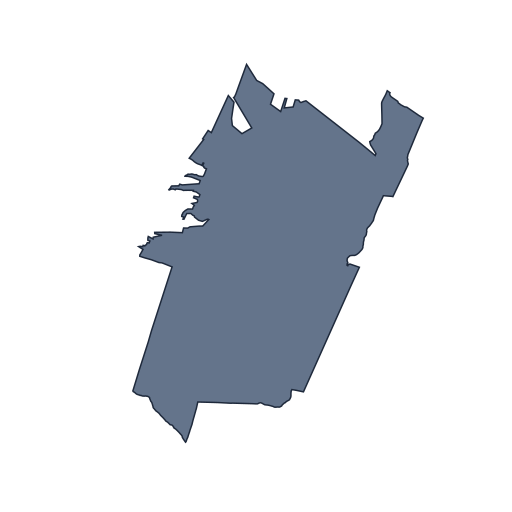 outline of Negrilesti, Galati, Romania, rotated 109°
{"feature_id": "2599482B95642529629625", "entity_name": "Negrilesti", "entity_type": "district", "adm_level": 2, "iso_a3": "ROU", "parent_name": "Romania", "parent_adm1": "Galati", "projection": "mercator", "projection_center": [27.515, 45.952], "detail": "fine", "context": "isolated", "style": "filled", "palette": "slate", "viewbox_px": 512, "rotation_deg": 109, "n_neighbors": 0, "source": "geoboundaries", "source_scale": "gbopen_adm2", "svg_char_len": 6111}
<svg xmlns="http://www.w3.org/2000/svg" viewBox="0 0 512 512"><g transform="rotate(109 256 256)"><path d="M423.7,328.5L424.0,328.1L424.3,327.7L424.3,327.0L424.5,326.4L424.7,325.8L424.9,325.4L425.1,325.0L425.2,324.7L425.5,323.6L425.5,322.7L425.5,322.1L425.5,321.6L425.4,320.8L425.6,320.1L425.3,319.7L425.2,319.2L425.3,318.7L425.4,318.0L425.1,317.0L424.9,316.1L424.7,315.7L424.4,315.2L424.2,314.1L424.0,313.2L424.0,312.1L424.2,311.6L424.3,311.0L424.6,310.5L425.6,310.0L426.0,309.5L426.6,309.0L427.1,308.6L427.8,307.9L427.9,307.6L428.1,307.3L428.4,306.9L430.5,305.3L431.1,305.0L431.6,304.5L431.9,304.3L432.3,304.2L433.1,303.5L433.3,303.1L433.5,302.6L434.2,301.7L434.5,300.9L434.9,300.4L435.0,300.1L435.2,299.8L435.4,298.8L436.0,297.2L436.2,296.7L436.4,296.3L437.1,295.2L437.8,294.2L437.9,293.9L438.5,292.7L438.8,292.0L439.0,291.6L439.3,291.1L439.5,290.6L439.8,290.2L440.4,289.0L440.7,288.6L440.9,288.3L441.2,287.9L441.4,287.6L441.6,286.7L441.7,286.3L441.8,285.9L442.0,285.2L443.5,282.2L443.3,281.5L443.2,280.5L443.4,280.0L443.5,279.7L443.7,279.3L444.0,279.0L444.2,278.7L444.5,278.5L444.6,278.2L444.7,277.9L445.1,277.8L445.3,277.6L445.5,276.9L445.7,275.8L446.5,274.0L447.8,271.4L448.5,270.2L449.6,268.2L450.2,267.4L450.8,266.9L451.6,266.5L452.5,265.3L452.8,265.0L453.0,264.8L453.4,264.2L455.0,262.0L454.6,261.8L454.1,261.7L453.4,261.7L452.5,261.7L451.4,261.7L449.7,261.5L446.7,261.6L443.8,261.6L442.3,261.7L440.9,261.7L439.6,261.7L438.4,261.7L437.1,261.7L436.0,261.7L435.1,261.8L433.0,262.0L431.5,262.1L430.0,262.2L427.6,262.3L426.3,262.4L422.5,262.6L421.7,262.7L421.0,262.7L420.0,262.7L413.0,263.5L408.2,248.3L406.9,244.1L403.4,231.9L402.6,229.9L402.5,229.5L396.8,211.3L395.7,207.5L395.3,206.5L394.9,206.0L394.3,205.5L393.3,204.1L393.2,203.5L393.3,202.1L393.5,201.2L393.7,199.9L393.8,199.4L393.5,197.9L393.1,196.2L392.9,194.4L392.8,193.2L392.8,192.4L392.7,191.5L392.7,190.6L392.9,189.6L392.8,189.0L392.6,188.4L392.3,187.6L391.8,186.6L391.4,185.2L391.1,184.4L390.5,183.9L390.0,183.4L389.4,182.9L388.5,182.8L387.5,182.3L386.1,181.5L385.6,181.3L385.1,180.5L384.0,180.1L382.9,179.2L382.3,178.6L381.4,177.8L380.9,177.5L380.3,177.5L379.3,177.3L377.9,177.2L377.1,177.4L376.6,177.5L376.1,177.7L374.0,178.4L372.9,178.6L372.0,178.8L371.4,178.6L370.6,178.6L370.1,175.5L369.8,173.5L369.4,170.2L369.2,168.3L369.0,166.9L253.7,156.6L233.0,154.6L233.0,164.6L234.4,166.1L235.3,166.1L235.2,166.8L233.8,167.3L233.0,166.9L232.9,166.9L232.6,166.9L232.3,167.1L231.4,167.9L231.0,168.2L230.8,168.4L230.2,168.5L229.5,168.7L229.1,168.8L228.7,168.8L228.1,168.8L227.8,168.7L225.9,167.7L225.3,167.4L225.2,167.2L224.7,166.5L223.8,164.4L223.5,163.3L223.0,162.5L222.0,161.4L219.6,159.8L215.7,158.1L215.1,157.9L214.5,157.8L213.7,157.7L213.3,157.7L212.5,157.9L212.0,158.1L211.6,158.2L211.3,158.2L210.9,158.2L210.4,158.2L210.1,158.3L208.0,158.9L207.7,159.0L206.7,159.0L205.9,159.1L205.4,159.2L204.5,159.4L203.8,159.6L203.4,159.6L203.2,159.5L202.4,159.3L201.7,159.0L200.9,158.8L200.1,158.7L199.8,158.7L199.3,158.8L198.9,158.9L198.3,159.0L198.1,159.1L197.7,159.1L197.0,159.1L196.5,159.4L195.9,159.7L195.2,159.9L194.5,159.9L193.6,159.8L193.1,159.7L191.8,159.1L190.3,158.3L189.4,158.1L187.7,157.5L186.0,157.1L185.1,156.8L184.0,156.6L183.2,156.7L180.9,156.9L179.9,156.9L178.8,157.0L176.6,156.9L170.7,156.6L170.0,156.5L160.7,155.5L159.0,155.3L157.5,155.2L155.4,147.0L155.3,145.9L121.7,142.1L119.4,142.0L117.6,143.2L116.3,143.9L115.2,143.9L114.5,144.5L113.5,145.0L112.0,145.1L110.9,145.4L87.0,144.0L73.6,143.0L71.2,142.7L70.1,147.8L66.2,161.8L66.6,164.2L65.8,168.9L65.4,169.5L65.0,171.3L64.2,171.8L63.6,172.4L62.6,176.0L62.0,178.2L61.4,180.2L61.0,180.8L60.5,181.5L59.7,182.2L58.9,182.5L58.5,182.5L58.0,182.4L57.3,184.7L57.0,185.7L60.6,185.9L62.2,186.1L65.8,186.7L68.8,187.1L69.9,187.1L70.9,186.9L73.1,186.1L81.6,182.9L89.9,179.9L93.0,180.1L96.1,180.5L98.3,181.3L99.4,181.9L101.1,183.2L102.8,183.2L103.8,183.6L105.1,183.5L106.0,183.3L106.8,183.3L109.1,184.2L110.8,185.7L112.2,184.9L113.7,183.8L120.2,175.9L122.2,176.0L115.0,195.3L93.0,259.3L93.7,260.2L94.1,260.9L96.3,263.5L95.8,265.2L94.7,266.4L95.6,269.7L103.0,269.4L106.8,277.5L97.1,278.1L97.5,279.9L111.4,279.7L107.8,291.7L96.8,291.8L90.9,305.6L89.8,312.5L77.9,327.3L101.1,327.7L109.4,327.8L112.1,328.1L112.8,328.2L113.4,328.8L136.3,301.7L137.5,302.7L144.9,309.1L140.4,320.8L133.9,323.9L124.9,325.6L117.7,326.9L113.3,334.4L153.9,338.4L152.9,342.1L162.6,344.6L162.9,343.4L185.3,351.0L185.7,348.4L186.2,346.7L186.8,345.4L187.1,344.5L187.6,342.6L187.8,341.0L187.8,338.2L188.0,336.8L185.2,336.3L185.3,335.6L188.1,335.9L188.3,334.9L188.6,334.3L189.2,334.1L189.5,333.4L189.7,332.7L189.6,331.9L189.7,331.2L191.4,331.3L195.2,331.4L197.7,331.8L198.2,332.3L198.5,333.3L199.0,336.1L198.9,337.4L198.5,338.9L199.2,340.7L199.2,342.2L199.3,343.1L199.6,344.0L200.3,345.2L200.7,346.7L200.7,346.9L202.2,348.0L202.8,348.8L203.3,349.1L203.7,349.1L202.8,346.1L202.4,342.8L202.8,333.3L206.2,333.3L210.9,344.4L212.8,348.8L212.9,351.5L214.8,351.9L217.2,358.4L217.9,358.9L219.0,358.9L221.7,360.0L221.9,359.6L220.3,357.8L219.6,356.0L219.7,353.9L218.7,353.5L218.7,353.1L218.4,352.5L217.5,348.3L217.6,345.8L217.1,344.8L216.0,341.7L214.3,336.6L215.2,336.5L214.9,333.3L216.2,329.0L217.2,329.0L218.6,329.0L219.0,329.7L219.6,334.0L221.3,334.0L221.6,329.8L223.1,329.0L224.6,329.2L227.2,333.7L228.2,330.8L230.3,331.3L232.3,331.3L233.7,335.7L235.9,337.6L238.2,338.9L239.6,339.3L240.7,339.1L241.3,339.5L242.8,339.1L242.8,338.2L242.7,336.8L244.9,337.1L244.7,336.1L238.4,335.3L237.0,331.4L238.0,329.1L238.1,327.6L239.2,326.8L240.9,322.0L240.7,317.9L237.3,314.3L236.8,313.4L236.9,312.5L245.0,316.1L246.4,319.9L249.9,327.9L251.9,329.7L253.1,333.6L257.9,333.2L261.3,344.6L266.6,359.5L267.8,359.0L267.0,351.6L271.7,359.3L273.4,358.9L272.6,364.2L274.1,364.1L276.3,363.4L276.4,361.2L278.5,361.3L278.7,362.9L279.3,363.3L280.8,363.2L281.7,364.0L282.7,364.4L282.5,365.1L282.7,366.2L284.0,366.1L284.5,368.6L285.3,370.0L285.8,368.2L286.5,365.0L289.7,365.5L292.8,366.2L294.1,365.8L294.0,360.7L293.6,353.8L293.8,345.6L293.1,342.7L293.6,331.8L360.7,330.5L372.5,329.9L401.0,329.3L423.7,328.5Z" fill="#64748b" stroke="#1e293b" stroke-width="1.5"/></g></svg>